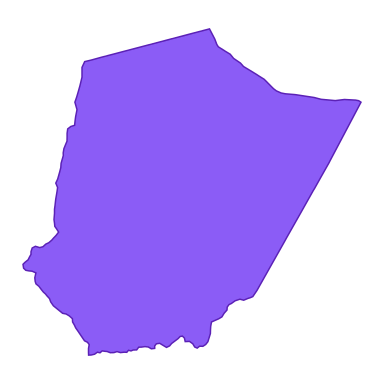 outline of Poço Redondo, Sergipe, Brazil
{"feature_id": "56859067B19091315628692", "entity_name": "Poço Redondo", "entity_type": "district", "adm_level": 2, "iso_a3": "BRA", "parent_name": "Brazil", "parent_adm1": "Sergipe", "projection": "natural_earth1", "projection_center": [-37.757, -9.851], "detail": "fine", "context": "isolated", "style": "filled", "palette": "violet", "viewbox_px": 384, "rotation_deg": 0, "n_neighbors": 0, "source": "geoboundaries", "source_scale": "gbopen_adm2", "svg_char_len": 2255}
<svg xmlns="http://www.w3.org/2000/svg" viewBox="0 0 384 384"><path d="M214.8,39.1L209.5,28.9L192.6,33.3L147.0,45.3L122.2,51.8L116.2,53.4L101.2,57.3L91.1,60.1L84.7,61.6L82.0,67.4L82.0,77.2L79.9,85.9L78.2,91.9L76.7,97.0L74.9,102.2L76.0,106.1L77.0,109.7L75.6,116.8L75.2,119.9L74.6,125.3L70.8,126.5L67.7,128.9L67.1,133.3L67.1,137.5L67.0,141.2L65.6,144.5L63.9,148.7L63.2,152.9L63.3,155.6L61.1,163.3L60.8,167.6L59.7,171.9L57.7,179.0L55.8,183.1L57.6,187.5L57.0,191.7L56.4,195.3L55.7,199.4L55.0,205.7L54.5,209.2L54.5,213.4L54.0,219.6L54.5,223.2L54.8,226.4L56.6,228.9L58.6,232.1L56.1,235.4L53.6,238.0L51.8,240.1L48.8,242.7L45.8,244.1L43.0,246.7L39.7,247.6L35.4,246.3L32.2,248.0L31.0,251.7L31.0,254.4L29.6,256.8L28.1,259.8L25.0,262.3L23.0,264.3L23.6,268.2L25.8,270.3L29.0,270.9L32.1,271.2L35.9,272.9L34.8,277.8L35.2,281.5L36.0,283.9L38.9,286.3L41.3,289.5L43.4,292.1L45.5,294.0L47.0,295.9L49.5,298.6L50.7,301.9L53.4,305.8L62.6,313.3L66.1,314.0L69.3,315.9L72.4,318.7L72.6,322.0L74.3,324.9L75.7,327.9L77.6,330.6L84.5,340.8L87.5,342.3L89.2,344.6L88.5,348.4L88.5,352.3L88.6,355.1L91.2,355.0L94.6,354.2L97.4,352.2L100.0,352.8L102.2,350.9L104.8,351.3L107.1,351.5L110.3,352.7L113.9,352.6L117.0,351.6L120.5,352.6L124.1,352.2L126.8,352.3L128.5,350.3L131.0,350.9L133.3,350.0L136.7,349.9L138.7,347.2L141.4,347.1L145.0,346.6L148.3,347.0L151.3,348.8L154.7,348.4L154.7,345.9L156.4,343.8L159.7,343.3L163.5,345.6L166.5,347.4L169.6,345.9L171.6,343.5L174.8,341.1L178.1,338.6L180.1,336.5L182.4,336.1L184.4,338.0L185.2,341.6L189.5,341.4L192.8,343.8L194.7,347.0L197.2,348.1L199.6,346.2L202.9,346.3L205.7,344.5L207.9,341.7L209.1,337.8L210.4,333.5L210.5,329.8L210.7,326.4L211.5,322.0L215.5,320.2L218.7,318.8L221.9,316.9L224.1,313.3L227.0,310.0L227.2,307.1L229.0,304.6L231.4,303.5L235.1,300.8L239.9,299.2L243.7,300.2L248.0,298.4L250.3,297.7L252.8,296.6L257.0,290.4L284.5,241.6L286.7,237.6L300.7,212.9L313.3,190.5L314.6,188.4L321.1,176.8L328.9,163.0L330.5,159.9L361.0,102.2L358.7,100.7L355.6,100.1L344.4,99.5L335.3,100.6L321.1,99.3L318.0,98.5L314.2,97.5L295.1,94.6L285.4,93.8L281.2,93.0L276.4,90.9L273.4,88.6L264.2,79.3L258.6,75.8L256.5,74.4L243.5,66.5L240.5,63.1L233.6,58.4L230.2,54.2L225.7,51.5L218.3,46.8L216.8,44.4L214.8,39.1Z" fill="#8b5cf6" stroke="#5b21b6" stroke-width="1.5"/></svg>